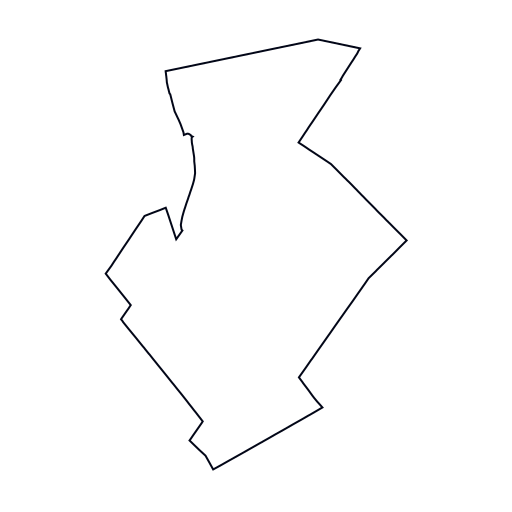 Comuna 10, Ciudad de Buenos Aires, Argentina (Mercator projection), rotated 81°
{"feature_id": "61730980B55355191537575", "entity_name": "Comuna 10", "entity_type": "district", "adm_level": 2, "iso_a3": "ARG", "parent_name": "Argentina", "parent_adm1": "Ciudad de Buenos Aires", "projection": "mercator", "projection_center": [-58.505, -34.627], "detail": "fine", "context": "isolated", "style": "outline", "palette": "ink", "viewbox_px": 512, "rotation_deg": 81, "n_neighbors": 0, "source": "geoboundaries", "source_scale": "gbopen_adm2", "svg_char_len": 3844}
<svg xmlns="http://www.w3.org/2000/svg" viewBox="0 0 512 512"><g transform="rotate(81 256 256)"><path d="M67.2,120.7L52.0,160.6L51.9,160.8L51.9,161.0L59.3,316.3L59.6,316.3L59.9,316.4L61.9,316.4L63.2,316.5L63.4,316.5L64.6,316.5L66.2,316.6L66.7,316.6L68.2,316.7L69.5,316.8L70.8,316.9L71.9,316.8L74.2,316.7L75.9,316.6L77.4,316.4L79.8,316.2L81.9,316.0L82.9,315.4L91.9,314.6L100.7,313.7L101.2,313.5L107.7,311.6L109.3,311.1L114.0,309.9L122.5,308.3L122.9,308.3L125.2,308.3L124.6,305.7L124.4,304.8L124.8,303.4L126.3,301.6L127.2,301.3L127.6,300.8L128.2,299.9L128.7,300.8L129.4,301.1L130.6,301.3L131.6,301.4L131.8,301.4L132.0,301.4L133.8,301.6L134.4,301.6L134.9,301.6L136.1,301.6L137.4,301.5L138.0,301.5L138.6,301.5L139.9,301.6L147.9,301.6L149.6,301.7L152.9,302.2L157.4,302.4L161.3,302.8L164.7,303.2L170.1,304.9L171.2,305.3L175.0,307.0L179.9,309.5L180.5,309.8L182.3,310.8L185.1,312.2L187.6,313.6L187.9,313.7L188.7,314.1L193.1,316.5L197.7,318.8L197.8,318.9L200.0,320.0L200.8,320.4L201.9,320.9L205.6,322.6L209.4,324.0L213.6,325.4L217.4,325.4L218.3,325.4L219.3,324.7L222.6,327.9L223.9,329.2L226.6,331.8L227.0,332.2L202.1,336.2L194.2,337.6L194.4,338.5L195.6,343.7L197.3,352.0L198.9,359.3L199.1,359.9L203.1,363.5L211.0,370.9L218.3,377.6L219.1,378.3L227.1,385.8L235.2,393.2L236.0,393.9L239.4,397.1L243.0,400.3L246.3,403.6L249.9,407.2L256.9,403.4L263.8,399.4L270.8,395.4L277.8,391.4L284.9,387.4L288.1,390.3L289.8,392.0L296.7,398.6L297.4,399.2L298.9,398.3L299.7,397.9L299.9,397.8L300.5,397.6L308.5,393.0L317.5,387.7L322.2,385.0L327.4,382.0L329.3,380.8L330.1,380.4L331.2,379.8L331.7,379.5L335.9,377.1L336.4,376.7L342.1,373.5L346.6,370.9L348.2,370.0L353.9,366.7L360.0,363.2L362.1,362.0L363.7,361.1L365.1,360.3L368.1,358.6L369.9,357.5L374.7,354.8L381.6,350.8L389.3,346.5L391.2,345.5L395.6,343.0L398.4,341.5L400.8,340.1L411.0,334.5L412.3,335.6L417.5,340.6L423.0,345.9L426.3,349.0L427.8,350.5L432.9,346.7L439.0,342.1L445.3,337.1L452.6,334.4L460.1,331.7L457.1,323.3L453.5,313.7L449.5,302.8L445.3,291.6L441.1,280.4L440.8,279.4L440.1,277.7L438.1,272.3L435.1,264.5L431.9,255.8L428.0,245.6L425.0,237.5L421.8,229.2L421.4,228.0L418.7,221.0L416.0,214.1L414.7,214.9L413.9,215.4L412.8,216.1L409.3,218.4L405.4,220.7L402.8,222.1L396.1,225.5L389.4,229.1L389.0,229.3L388.8,229.4L388.4,229.6L388.1,229.7L382.6,232.6L378.2,228.3L373.8,224.0L367.4,217.9L366.5,216.9L359.2,209.9L351.9,202.8L345.5,196.6L344.6,195.7L337.3,188.7L330.0,181.6L329.2,180.8L322.7,174.5L315.5,167.4L308.2,160.4L307.4,159.6L302.0,154.4L300.9,153.3L295.5,148.2L289.7,140.0L288.8,138.9L283.1,130.9L282.2,129.7L278.6,124.7L278.0,123.8L277.7,123.4L277.0,122.5L276.1,121.1L269.9,112.7L264.2,104.8L256.5,110.3L255.6,111.0L251.2,114.2L250.5,114.7L249.4,115.5L249.0,115.8L244.5,119.0L243.5,119.8L242.4,120.5L241.6,121.2L240.3,122.1L239.3,122.8L238.8,123.1L238.4,123.4L237.4,124.1L236.5,124.8L234.8,126.0L233.9,126.7L232.3,127.9L229.9,129.6L229.3,130.0L228.8,130.3L227.8,131.0L227.5,131.2L217.7,138.3L214.5,140.5L213.8,141.0L212.9,141.7L212.2,142.2L211.2,142.9L210.6,143.3L209.2,144.3L208.1,145.1L206.3,146.3L206.1,146.4L205.5,146.9L204.1,147.9L203.1,148.6L200.5,150.4L199.4,151.2L197.6,152.5L196.9,153.0L196.7,153.2L195.4,154.2L194.8,154.6L193.8,155.3L192.9,156.0L192.0,156.7L190.9,157.5L189.2,158.7L186.3,160.8L183.2,163.0L180.2,165.2L177.0,167.5L172.9,171.9L168.3,176.9L164.2,181.4L163.9,181.7L163.7,181.9L162.8,182.9L159.1,187.0L156.8,189.4L154.2,192.2L153.4,193.1L152.7,193.9L150.6,196.2L145.2,191.2L142.0,188.3L139.8,186.2L138.9,185.4L137.3,184.0L134.3,181.2L133.4,180.3L129.0,176.2L127.6,174.9L123.8,171.4L123.0,170.6L116.6,164.6L108.7,157.4L101.9,150.9L100.9,149.9L95.6,144.6L95.4,144.8L95.2,145.0L93.1,143.2L91.8,142.2L91.1,141.6L90.2,140.8L85.5,136.6L82.8,134.2L80.0,131.7L77.3,129.2L74.5,126.8L71.9,124.4L69.6,122.8L69.2,122.5L68.8,122.1L67.2,120.7Z" fill="none" stroke="#020617" stroke-width="2"/></g></svg>